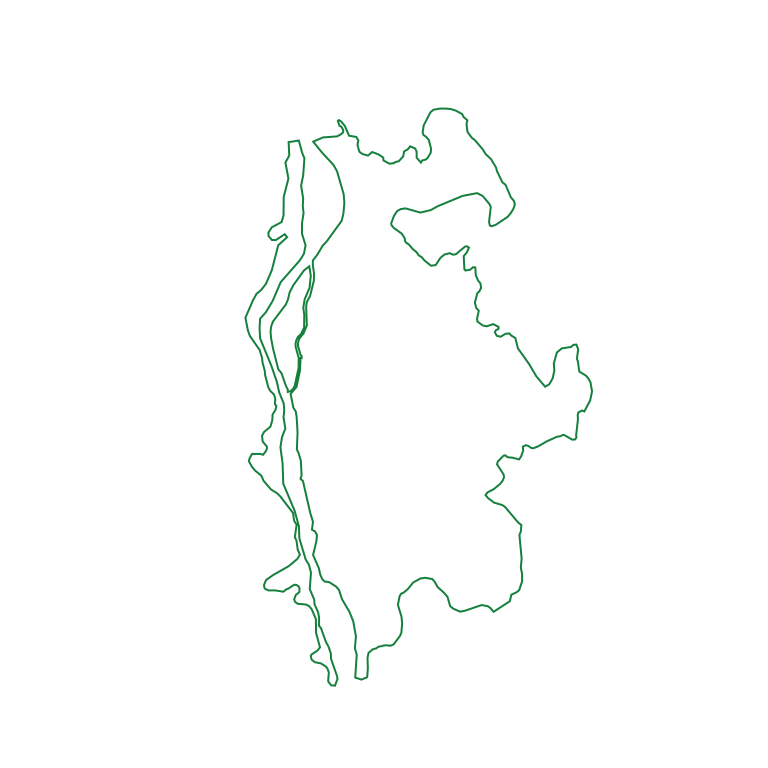 outline of Biba, Bani Suwayf, Egypt, rotated 141°
{"feature_id": "37247803B33717646792475", "entity_name": "Biba", "entity_type": "district", "adm_level": 2, "iso_a3": "EGY", "parent_name": "Egypt", "parent_adm1": "Bani Suwayf", "projection": "mercator", "projection_center": [30.97, 28.949], "detail": "fine", "context": "isolated", "style": "outline", "palette": "green", "viewbox_px": 768, "rotation_deg": 141, "n_neighbors": 0, "source": "geoboundaries", "source_scale": "gbopen_adm2", "svg_char_len": 6156}
<svg xmlns="http://www.w3.org/2000/svg" viewBox="0 0 768 768"><g transform="rotate(141 384 384)"><path d="M245.6,236.6L234.1,241.5L227.0,247.3L222.4,255.5L221.7,260.3L221.8,263.5L224.4,270.7L219.0,279.7L218.2,282.2L211.2,288.8L209.7,293.6L212.2,295.2L215.4,295.1L223.4,299.8L229.8,299.7L239.2,293.0L243.1,287.3L249.3,282.3L255.7,279.8L260.5,280.5L260.8,294.2L258.7,307.9L257.5,327.3L253.0,337.1L254.7,341.9L254.7,344.3L258.0,346.6L263.6,347.3L266.0,350.5L265.3,354.5L263.0,355.4L260.5,354.7L259.0,356.3L261.5,361.9L267.9,364.2L270.4,367.3L272.1,373.8L270.6,376.2L264.3,381.2L264.4,385.2L262.1,390.1L254.3,395.9L251.9,395.9L248.0,397.6L245.7,401.7L245.8,404.9L244.3,410.6L239.7,417.1L241.3,418.7L245.3,418.6L249.3,421.0L249.3,422.6L241.6,433.2L236.9,434.1L232.1,436.6L233.0,439.0L234.6,439.8L246.5,439.6L249.0,441.1L250.6,444.3L255.5,446.6L261.0,446.5L268.9,443.9L273.0,446.3L274.8,454.3L274.9,459.1L276.0,461.9L275.8,466.4L276.7,470.4L276.9,476.8L277.7,479.2L277.8,481.6L276.2,484.1L275.6,489.7L278.2,499.3L278.2,502.6L277.5,504.2L270.4,508.4L264.9,510.1L260.9,509.4L256.8,507.0L247.8,494.3L238.1,489.7L230.1,488.3L204.5,480.7L191.6,473.8L189.0,468.2L188.8,457.7L189.5,454.5L200.4,443.8L202.0,440.5L201.1,438.9L197.1,437.4L182.7,436.1L178.0,437.0L173.2,438.7L169.3,441.2L167.8,444.5L167.9,449.3L164.2,462.3L165.1,466.3L162.2,478.4L160.7,481.7L159.3,491.4L160.3,498.6L159.6,504.3L159.9,516.3L160.8,520.3L160.5,527.3L156.3,534.1L153.3,536.5L154.1,541.4L153.4,544.7L156.3,551.6L159.2,555.8L162.5,559.0L167.3,562.9L173.0,566.0L177.0,565.9L190.4,560.0L195.8,555.0L196.6,552.6L195.7,549.4L195.6,545.4L199.4,537.2L202.2,534.3L208.0,532.2L210.4,532.2L213.6,533.7L216.0,532.9L216.2,539.3L212.3,544.2L211.6,547.5L214.1,552.2L218.0,551.4L222.0,552.1L225.9,548.8L232.3,547.8L235.5,549.4L237.1,549.3L241.1,551.7L243.7,558.1L242.1,560.5L243.9,566.1L247.2,571.7L252.7,571.6L256.0,576.3L256.9,579.5L256.2,582.0L253.9,586.8L250.7,589.3L250.0,593.4L254.9,598.9L252.0,609.4L252.1,615.1L253.0,617.5L254.4,617.4L256.1,612.6L255.2,611.0L255.9,606.9L257.5,605.3L260.7,605.2L264.7,606.0L276.2,614.0L286.5,616.9L286.5,602.6L285.4,586.1L286.6,578.9L295.9,556.9L300.9,549.6L308.3,542.0L314.1,537.5L338.6,530.9L344.9,530.0L354.3,526.5L361.5,524.8L364.5,521.2L368.7,514.1L373.5,508.4L386.1,498.9L392.5,496.2L395.8,493.1L407.0,478.2L414.6,474.0L421.3,472.6L424.8,470.2L426.8,467.9L430.5,459.1L430.5,457.3L431.7,456.0L432.5,456.7L440.9,447.3L453.8,436.8L462.8,435.1L469.3,422.8L469.9,418.1L472.8,413.1L481.8,400.6L492.9,388.0L494.0,383.6L497.0,376.6L505.5,364.9L508.6,362.8L508.0,359.7L522.6,329.9L525.9,321.6L531.7,316.1L530.4,313.0L531.1,308.9L535.4,304.4L546.7,295.8L550.6,281.7L553.3,276.5L554.8,271.4L554.5,268.0L551.3,264.5L548.7,256.8L548.6,252.2L552.0,243.4L554.3,228.4L557.3,218.8L564.8,205.3L572.9,197.0L575.6,190.7L591.1,174.0L587.6,168.5L581.6,166.7L575.4,173.3L569.2,181.5L565.2,184.8L559.7,184.9L556.4,183.4L554.0,183.4L547.6,180.3L543.5,176.4L540.3,175.6L530.0,178.2L526.9,179.9L520.6,186.5L516.8,192.2L512.2,203.6L505.2,209.4L502.8,210.2L499.6,209.5L494.8,209.6L486.1,211.4L478.1,209.9L474.1,207.6L469.2,202.0L469.1,198.0L470.1,192.5L468.8,184.3L468.6,178.6L472.4,169.7L471.5,165.7L468.2,159.3L464.2,157.0L447.3,150.8L443.2,146.1L442.3,142.9L442.2,138.0L423.0,136.0L417.6,140.1L411.9,138.7L408.7,138.7L400.9,143.7L396.2,149.5L393.2,155.2L386.9,161.7L373.8,181.4L370.3,183.4L366.0,188.0L366.9,192.0L367.3,212.2L368.2,215.4L373.1,222.5L374.9,229.7L375.0,233.8L371.8,234.6L364.6,233.2L356.6,233.3L352.7,234.2L349.5,235.9L348.0,238.4L346.7,250.5L344.3,252.1L336.4,253.1L334.7,252.3L333.9,249.1L330.6,246.0L326.5,240.4L323.3,241.3L317.8,244.6L315.5,247.9L312.3,247.2L310.7,244.8L309.8,241.6L308.2,240.0L303.3,238.5L293.7,237.0L282.5,234.1L280.1,232.5L276.9,231.8L276.1,231.0L272.7,222.2L270.3,220.6L267.9,221.5L267.1,223.1L255.4,234.6L253.1,237.9L250.8,239.6L246.7,238.7L245.6,236.6ZM305.9,632.0L313.9,621.1L321.2,618.2L329.0,603.8L344.3,592.4L356.0,578.2L361.7,574.3L372.6,576.4L378.7,574.3L380.6,571.6L380.5,566.5L377.4,563.9L366.9,562.9L366.9,559.0L378.8,558.4L399.8,542.9L412.8,536.1L420.1,534.4L426.3,534.3L433.2,531.5L450.0,522.7L455.9,511.6L458.0,505.7L459.2,488.8L462.2,481.3L464.9,477.1L468.5,469.0L470.8,465.7L475.9,454.4L476.7,450.5L476.1,444.8L477.8,441.0L481.4,437.0L481.5,434.6L484.8,432.1L489.8,430.4L493.5,426.2L499.1,422.3L507.4,422.2L511.4,420.5L514.5,415.6L514.4,409.1L515.3,407.7L517.8,406.2L522.5,405.1L524.2,407.6L530.6,412.7L535.1,410.9L537.6,409.1L538.7,402.8L538.7,397.9L537.0,390.1L538.5,384.5L538.2,373.2L535.8,366.3L535.3,361.7L535.9,341.0L539.8,334.5L540.5,329.6L549.7,321.1L550.6,317.3L555.4,309.4L556.7,304.3L561.4,302.6L572.6,302.4L590.2,305.3L598.9,305.9L603.7,303.4L605.2,300.9L605.2,299.3L603.5,296.1L598.6,292.2L592.9,285.9L588.9,285.9L587.3,285.2L580.1,284.5L578.5,282.9L577.7,280.5L578.4,278.1L580.8,275.6L585.5,275.5L589.5,273.0L590.2,270.6L589.3,267.4L583.6,261.9L582.0,258.7L581.9,254.6L584.9,244.1L593.4,233.4L599.5,219.6L603.4,218.7L610.6,219.4L612.2,218.6L613.7,215.3L612.8,211.3L608.8,206.5L607.0,200.9L607.0,198.5L608.5,194.4L614.0,188.7L614.7,187.1L614.6,183.0L611.9,180.4L605.6,184.2L604.3,186.6L598.2,203.6L594.9,208.0L592.4,214.8L591.4,220.3L586.6,233.9L586.7,236.9L581.4,243.4L578.8,248.2L576.6,256.6L573.9,260.4L570.8,271.3L559.5,283.3L556.2,290.4L555.3,296.9L546.9,317.3L539.7,326.9L533.2,341.8L525.0,370.0L512.8,386.1L504.3,400.0L496.7,406.9L488.7,411.5L483.1,421.3L478.0,426.4L474.2,432.0L470.7,443.5L465.8,453.4L460.1,469.0L451.5,497.6L445.2,506.1L439.2,512.7L430.6,514.1L418.1,518.7L400.1,528.2L371.4,533.1L364.3,535.6L357.7,541.1L353.2,552.3L346.6,560.5L339.0,567.4L335.2,573.3L330.1,579.0L323.6,590.3L315.3,597.2L303.8,609.5L302.2,614.9L297.0,626.8L305.9,632.0ZM440.3,450.2L433.9,457.9L429.3,468.4L427.4,471.0L424.3,473.4L421.0,474.8L417.0,475.0L410.5,478.2L402.4,488.0L398.6,494.2L392.3,499.8L381.2,505.7L372.7,514.3L368.0,522.5L374.8,522.6L392.4,517.8L399.8,514.5L405.3,510.2L410.1,507.6L431.1,502.4L435.5,499.7L439.2,496.1L442.8,490.9L447.9,481.4L456.8,462.2L456.9,456.8L461.4,444.3L462.3,440.2L463.7,438.4L461.1,437.2L457.8,437.4L454.5,438.8L440.3,450.2Z" fill="none" stroke="#15803d" stroke-width="2"/></g></svg>